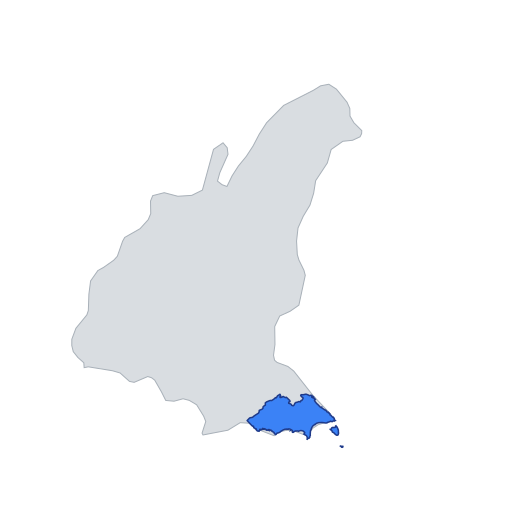 location of Pedernales, Pedernales, Dominican Republic, rotated 290°
{"feature_id": "3306468B80072272336201", "entity_name": "Pedernales", "entity_type": "district", "adm_level": 2, "iso_a3": "DOM", "parent_name": "Dominican Republic", "parent_adm1": "Pedernales", "projection": "natural_earth1", "projection_center": [-71.521, 17.882], "detail": "fine", "context": "in_parent", "style": "filled", "palette": "blue", "viewbox_px": 512, "rotation_deg": 290, "n_neighbors": 0, "source": "geoboundaries", "source_scale": "gbopen_adm2", "svg_char_len": 7125}
<svg xmlns="http://www.w3.org/2000/svg" viewBox="0 0 512 512"><g transform="rotate(290 256 256)"><path d="M93.3,334.5L93.8,314.7L96.5,306.7L94.0,298.2L82.7,289.2L75.8,277.6L69.7,267.4L71.1,265.9L83.3,265.4L87.6,261.6L95.9,251.1L97.5,242.7L96.9,236.3L91.5,228.6L89.4,220.6L96.0,213.6L104.7,203.3L105.9,199.4L105.7,195.5L95.6,184.7L94.9,180.0L99.6,168.3L99.1,160.5L94.5,136.3L92.3,132.7L96.8,130.7L99.7,123.4L103.6,117.0L108.9,113.5L114.8,111.4L126.5,111.5L142.8,117.2L147.4,117.1L163.1,112.0L176.0,109.1L188.3,112.4L193.2,116.7L203.3,123.7L208.3,125.8L224.3,125.6L228.6,126.3L242.0,137.7L253.3,142.3L259.8,142.6L271.5,138.1L277.4,138.3L284.1,148.1L285.4,162.1L291.0,174.9L299.6,183.1L341.7,179.6L351.1,186.3L347.9,191.9L342.0,194.9L321.9,193.5L313.2,194.2L311.4,199.7L311.4,204.9L323.1,206.1L334.6,208.7L346.3,212.8L358.3,215.6L371.7,217.4L384.9,220.4L407.0,230.5L431.4,253.3L438.0,258.5L442.3,265.7L440.3,274.5L431.6,289.0L426.7,293.7L419.6,296.5L414.7,302.4L410.0,312.5L407.1,313.4L403.6,313.0L397.8,307.2L393.5,298.4L381.8,290.2L367.8,291.2L347.2,286.3L334.7,288.7L322.3,289.3L309.5,286.8L296.7,285.9L283.9,289.0L271.5,294.3L266.9,297.7L259.0,305.9L254.7,308.9L224.5,313.1L215.8,307.0L207.7,298.8L196.1,297.7L179.3,304.1L168.7,306.4L164.4,309.1L163.2,312.2L163.1,323.8L160.8,330.8L144.4,357.3L135.1,375.9L131.3,381.7L126.9,383.0L118.8,372.2L113.6,368.3L107.2,366.4L104.5,360.7L104.6,352.6L102.9,344.7L99.0,338.5L93.3,334.5Z" fill="#d9dde1" stroke="#a8b0b8" stroke-width="1"/><path d="M132.9,327.1L133.5,326.5L134.1,326.1L134.2,325.8L134.1,325.6L133.3,325.1L132.5,324.4L131.9,324.0L130.7,323.8L129.7,323.5L129.5,323.1L129.5,322.6L128.8,322.4L127.6,321.7L125.7,320.3L125.5,320.1L125.4,319.4L124.7,318.2L122.5,315.8L121.1,315.0L119.1,315.8L118.9,315.7L118.3,315.1L116.9,314.3L116.3,314.3L115.5,314.6L114.9,314.5L114.1,314.1L112.4,312.2L112.1,311.9L111.6,311.9L110.9,312.2L109.2,312.1L106.4,309.9L105.5,309.3L104.9,308.8L103.2,307.9L102.9,307.4L102.3,306.3L101.6,305.4L99.4,304.4L98.9,304.2L98.5,304.0L98.3,304.0L95.1,310.4L95.0,310.7L95.0,310.9L95.2,311.1L95.1,311.8L94.7,311.9L94.5,312.4L93.9,312.6L93.8,313.5L93.6,314.1L93.4,314.4L93.5,314.7L93.4,314.8L93.6,315.0L93.6,315.3L93.2,315.7L92.7,315.8L92.1,316.9L92.1,317.7L92.2,317.8L92.2,318.2L92.5,318.4L92.5,318.9L93.1,319.0L93.3,319.0L94.3,318.9L94.3,319.2L94.0,319.3L94.0,319.7L94.2,320.0L94.5,320.0L94.4,320.2L94.8,320.5L94.8,320.8L95.1,320.8L95.3,321.2L95.2,321.3L95.1,321.7L95.2,321.4L95.5,321.4L95.6,321.7L95.5,321.8L95.6,322.1L95.9,321.6L95.9,321.3L96.1,321.2L96.3,321.3L96.3,322.2L96.1,322.1L96.1,322.3L95.9,322.3L95.9,322.6L96.3,322.6L96.4,323.0L96.6,323.1L96.6,323.3L96.3,323.3L96.4,324.0L96.1,324.0L96.3,324.1L96.4,324.5L96.3,324.8L96.3,325.3L96.1,325.5L95.9,325.5L96.3,326.6L96.4,327.2L96.8,327.2L97.1,327.0L97.4,327.6L97.4,327.8L96.9,328.4L97.2,328.4L97.3,328.5L97.3,329.0L97.5,329.4L97.5,329.6L97.1,329.8L97.1,330.9L96.9,331.2L96.6,331.2L96.5,331.8L96.6,332.5L96.4,333.2L96.3,333.4L96.1,333.4L95.7,333.7L95.3,334.1L95.2,334.5L95.2,335.1L94.9,335.4L94.9,335.6L95.3,335.9L95.9,335.9L96.5,336.2L96.9,336.5L97.0,336.8L97.5,337.5L98.2,338.4L98.7,338.8L99.1,338.9L99.4,339.2L99.6,339.2L100.2,339.7L100.4,339.7L100.7,340.1L102.1,341.2L102.2,341.5L103.2,342.5L103.4,343.2L103.8,343.8L103.8,344.0L104.0,344.6L104.1,344.8L103.9,344.8L104.0,345.0L104.2,345.5L104.5,345.7L104.5,345.9L104.7,346.0L104.7,346.3L104.9,346.6L104.9,347.8L104.8,348.1L104.8,348.7L104.7,348.9L104.6,349.3L104.3,350.0L104.0,350.3L103.9,350.3L103.8,350.1L103.2,350.2L102.8,350.6L103.0,351.0L103.1,351.4L103.4,351.5L103.8,351.9L104.2,352.1L104.3,352.2L104.9,352.7L105.3,353.6L105.5,354.3L105.8,354.9L105.9,355.5L105.8,355.8L107.1,357.3L107.6,358.9L107.6,360.5L107.3,360.9L107.3,361.2L106.8,361.8L106.8,362.1L106.0,362.3L105.0,361.9L104.8,362.7L104.7,362.9L104.7,363.6L104.5,364.6L104.0,365.4L103.1,366.2L102.3,366.4L101.8,366.7L101.3,366.7L101.3,366.9L102.3,367.2L103.1,368.3L103.8,368.2L104.1,368.5L104.3,368.3L106.0,368.4L106.6,368.1L107.9,367.7L108.5,367.4L109.2,367.4L110.1,367.0L110.9,367.0L111.6,367.2L112.2,367.2L112.8,367.0L113.2,367.0L113.6,367.2L114.0,367.1L114.6,367.3L114.8,367.3L115.1,367.4L115.5,367.4L116.1,367.8L117.0,368.3L117.8,368.8L117.7,369.1L118.7,369.6L119.6,370.2L120.9,372.0L122.1,374.9L122.5,376.5L122.9,378.6L123.4,379.7L123.7,379.9L123.8,379.9L123.9,380.1L124.1,380.1L124.3,380.5L124.6,380.7L125.0,381.4L125.8,382.1L125.9,382.5L126.3,382.7L126.2,383.4L126.3,383.5L126.5,384.4L126.8,384.5L127.5,385.3L127.8,385.5L127.9,385.9L127.8,386.1L128.1,386.2L128.5,386.8L128.8,386.2L129.1,385.7L129.5,385.1L130.2,385.1L130.5,384.4L130.8,384.1L130.9,383.8L131.0,383.7L130.7,383.3L130.8,382.9L131.2,382.4L131.5,381.5L132.0,380.9L132.0,380.0L132.5,379.6L133.0,379.5L133.2,378.7L133.6,378.3L133.5,377.7L133.8,377.6L133.9,377.3L134.0,377.2L133.8,376.5L133.9,375.7L134.5,375.3L134.8,374.3L134.9,374.2L134.8,373.9L134.9,373.5L135.1,373.3L135.0,373.1L135.1,372.9L135.0,372.7L135.1,372.3L135.3,371.8L135.8,369.7L136.1,369.6L136.5,369.4L136.4,369.3L136.0,369.4L135.9,369.3L135.9,368.8L136.1,367.9L137.7,364.7L138.1,363.5L139.1,361.9L139.3,361.5L139.9,360.7L140.6,360.2L140.8,360.2L141.3,360.8L141.5,360.5L142.3,359.9L142.3,359.3L142.2,358.8L142.2,358.3L142.3,358.1L142.3,357.3L142.4,356.7L143.0,356.5L143.1,356.8L142.9,356.9L143.1,357.2L143.1,357.4L143.2,357.6L143.4,357.5L143.5,357.5L143.5,357.1L143.7,356.9L143.7,356.5L144.1,356.0L143.9,355.1L143.2,354.3L143.1,353.9L143.1,353.5L143.3,352.6L143.3,350.4L143.0,349.7L141.9,348.0L141.6,347.3L141.4,346.6L141.1,345.9L140.6,345.7L140.3,345.7L139.7,346.3L139.2,347.3L139.1,348.4L138.9,348.6L138.0,349.0L137.2,348.7L136.2,348.6L135.9,348.4L135.6,347.8L135.4,347.7L134.4,347.6L134.1,347.5L134.0,347.3L134.0,346.3L133.9,346.0L132.7,344.8L132.1,343.6L131.5,343.4L131.0,342.9L129.2,342.8L128.2,342.4L128.0,342.1L127.9,341.5L127.9,340.6L128.5,340.0L128.8,339.3L128.8,337.1L129.5,336.8L129.9,336.8L130.2,337.0L130.5,337.5L130.8,337.7L131.6,337.3L131.8,337.1L133.6,333.0L133.6,332.7L133.2,332.3L133.0,331.9L133.1,330.7L133.3,329.9L133.3,329.6L133.0,329.2L132.3,328.8L131.8,328.2L131.3,327.2L131.4,326.9L132.1,326.6L132.5,326.7L132.9,327.1ZM118.5,385.0L118.4,385.1L117.8,387.1L117.6,387.3L116.8,387.8L116.7,388.2L116.6,388.3L116.6,389.5L115.8,390.7L115.7,391.5L115.3,392.2L115.2,392.8L115.2,393.3L115.6,394.0L116.0,394.3L116.5,394.3L116.7,394.2L117.2,394.3L117.3,394.2L117.8,394.1L118.1,393.9L118.4,393.9L118.7,393.6L119.5,393.4L120.8,392.8L121.1,392.3L121.7,392.0L122.2,391.5L122.5,391.0L123.0,390.7L123.1,390.4L123.1,389.9L123.4,389.5L123.6,389.5L123.8,389.2L123.5,389.0L123.3,389.2L123.1,389.2L122.4,389.2L122.0,388.6L121.8,388.6L121.7,388.4L121.6,387.8L121.4,387.7L121.2,387.4L121.2,386.9L121.0,386.4L120.3,385.9L119.8,386.0L119.1,385.8L118.5,385.0ZM106.2,401.6L105.6,401.8L105.7,402.4L105.9,402.6L106.0,402.8L106.3,402.9L106.5,402.7L106.8,402.7L106.7,402.0L106.3,401.8L106.2,401.6ZM143.0,358.0L142.7,358.0L142.9,358.3L142.7,358.6L143.2,358.4L143.2,358.1L143.0,358.0ZM104.7,348.1L104.3,348.1L104.6,348.3L104.7,348.2L104.7,348.1ZM106.3,400.3L106.2,400.3L106.2,400.6L106.4,400.5L106.3,400.3Z" fill="#3b82f6" stroke="#1e3a8a" stroke-width="1.5"/></g></svg>